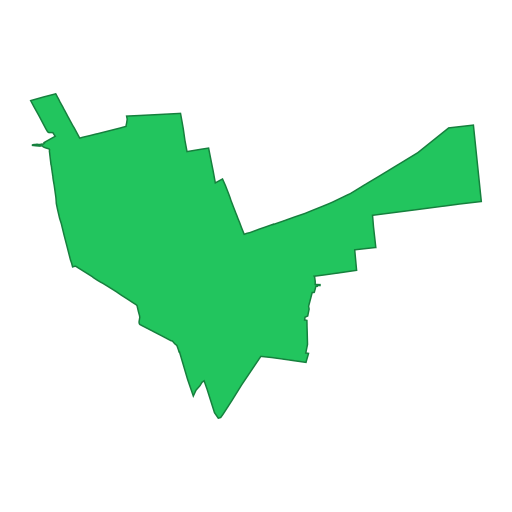 Crangeni, Teleorman, Romania
{"feature_id": "2599482B26169068281566", "entity_name": "Crangeni", "entity_type": "district", "adm_level": 2, "iso_a3": "ROU", "parent_name": "Romania", "parent_adm1": "Teleorman", "projection": "mercator", "projection_center": [24.773, 44.008], "detail": "fine", "context": "isolated", "style": "filled", "palette": "green", "viewbox_px": 512, "rotation_deg": 0, "n_neighbors": 0, "source": "geoboundaries", "source_scale": "gbopen_adm2", "svg_char_len": 3409}
<svg xmlns="http://www.w3.org/2000/svg" viewBox="0 0 512 512"><path d="M193.3,396.0L196.0,390.2L200.0,385.6L202.0,382.3L204.1,380.8L207.1,389.3L214.5,412.7L218.3,418.2L220.7,417.5L223.0,414.3L231.8,400.7L241.8,384.6L254.2,366.2L260.8,356.4L263.1,356.6L272.4,357.6L306.0,362.4L306.3,361.2L308.4,353.9L308.5,353.4L305.7,353.0L306.0,351.8L307.5,344.4L307.2,332.2L307.0,326.0L307.0,324.7L306.9,320.4L305.0,320.0L304.6,320.0L305.0,317.2L307.7,316.0L309.1,309.1L308.6,306.2L312.2,292.5L313.4,292.5L314.2,292.4L314.3,292.2L315.2,289.0L315.7,286.9L315.9,286.3L317.3,286.3L317.6,285.6L318.9,285.5L320.0,285.5L320.0,284.6L319.0,284.6L316.3,284.5L315.6,284.5L315.2,284.5L315.2,281.3L314.7,277.6L314.7,277.4L314.4,276.6L314.2,276.2L314.5,276.2L315.9,276.0L323.7,275.0L345.0,272.0L356.6,270.3L356.4,268.3L354.7,249.8L375.3,247.5L375.8,247.5L373.5,226.9L372.6,216.1L372.5,215.3L416.2,209.7L458.8,204.1L481.3,201.5L473.4,125.1L448.8,127.9L448.7,127.9L418.4,152.2L418.1,152.5L379.3,176.1L364.7,184.8L350.2,193.7L347.7,194.8L332.4,202.2L328.7,203.8L318.6,207.9L310.9,211.0L305.1,213.4L294.8,216.9L281.4,221.7L273.3,224.5L273.3,224.2L264.9,227.2L259.0,229.2L257.5,229.8L250.0,232.6L246.9,233.3L244.2,234.3L241.4,227.4L240.3,224.4L239.4,222.0L238.0,218.7L236.7,215.2L235.6,212.6L235.3,211.7L233.6,207.4L232.4,204.2L230.8,200.1L230.3,198.4L228.9,194.5L225.4,185.5L222.5,179.0L215.3,182.9L213.2,171.3L210.4,157.3L208.6,148.1L201.4,149.2L187.0,151.6L184.9,140.3L183.3,129.0L182.0,121.6L180.6,113.9L180.5,113.4L159.3,114.5L139.7,115.5L126.6,116.1L127.1,118.7L127.2,119.2L126.6,123.2L126.3,124.5L126.0,126.4L122.3,127.4L120.2,128.0L115.8,129.1L112.7,129.9L101.2,132.8L96.9,133.9L96.5,133.9L89.9,135.6L83.0,137.2L79.7,138.1L74.2,127.9L72.6,125.3L71.7,123.6L71.1,122.5L70.0,120.5L69.1,118.8L67.5,115.9L66.5,113.9L65.6,112.3L65.1,111.3L64.5,110.2L64.1,109.6L63.6,108.6L63.2,107.8L62.9,107.2L62.6,106.6L62.3,106.1L61.8,105.2L61.2,104.2L60.8,103.4L60.6,103.0L60.2,102.4L60.0,102.0L59.7,101.5L59.3,100.5L58.8,99.5L58.0,98.0L57.5,97.2L56.8,95.8L56.4,95.1L56.2,94.6L56.0,94.3L55.8,94.0L55.7,93.8L54.7,94.1L43.8,96.9L30.7,100.6L33.7,106.3L38.9,115.6L45.9,128.9L47.6,131.7L48.4,132.4L49.2,132.6L52.5,132.6L52.8,132.6L55.2,136.3L45.4,141.8L44.2,142.5L44.6,142.8L44.4,143.2L43.9,143.6L43.5,144.0L42.8,144.1L41.6,144.1L41.0,144.2L40.4,144.5L39.3,144.5L38.4,144.5L37.6,144.3L36.5,144.3L35.3,144.5L34.7,144.5L33.5,144.6L32.5,144.9L32.5,145.4L36.2,145.8L39.8,146.1L42.3,145.8L43.3,146.9L45.4,147.8L49.0,148.9L49.6,149.8L49.4,151.0L51.0,164.7L51.3,165.5L51.3,166.1L51.4,166.4L51.5,166.5L51.6,168.0L51.9,169.9L52.3,172.9L52.4,173.3L52.5,174.1L52.6,174.9L52.7,175.7L52.9,176.2L52.9,176.8L53.0,178.2L53.1,178.8L53.2,179.5L53.3,180.2L53.6,181.9L54.2,185.3L55.9,197.5L56.2,201.5L56.3,203.3L56.5,204.4L57.4,208.8L59.6,218.3L61.1,223.0L61.4,224.0L64.0,234.8L67.3,247.5L70.5,260.0L71.1,261.7L71.6,263.1L72.6,266.9L74.6,266.3L75.8,266.3L76.0,266.4L77.5,267.4L84.2,271.6L92.5,276.8L93.2,277.5L97.3,280.2L101.2,282.5L102.3,283.0L103.3,283.6L107.7,286.3L116.3,291.7L121.5,295.3L124.2,297.0L124.8,297.4L127.5,299.1L130.4,301.0L131.7,301.9L136.1,304.7L137.0,305.5L138.4,311.5L139.5,315.5L139.8,317.3L139.1,321.5L139.1,322.9L139.5,324.0L139.9,324.5L142.5,325.9L158.0,333.9L171.0,340.7L172.4,341.0L174.8,343.8L175.3,344.2L176.8,345.4L177.1,346.1L178.2,349.1L179.1,352.0L179.5,351.9L187.5,379.1L193.3,396.0Z" fill="#22c55e" stroke="#15803d" stroke-width="1.5"/></svg>